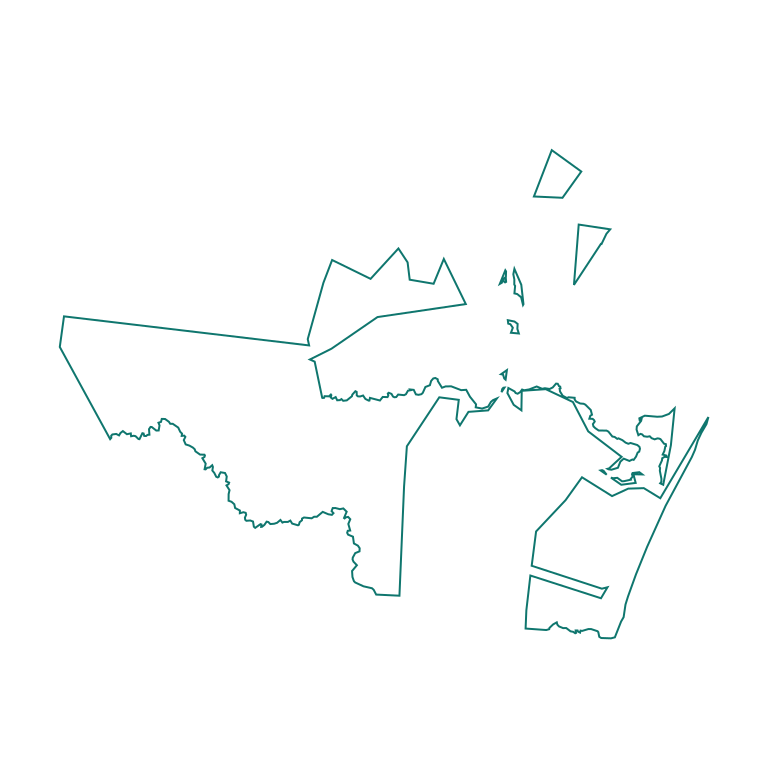 the district of Napranum, Queensland, Australia, rotated 183°
{"feature_id": "25037944B72297710108089", "entity_name": "Napranum", "entity_type": "district", "adm_level": 2, "iso_a3": "AUS", "parent_name": "Australia", "parent_adm1": "Queensland", "projection": "albers", "projection_center": [142.04, -12.587], "detail": "fine", "context": "isolated", "style": "outline", "palette": "teal", "viewbox_px": 768, "rotation_deg": 183, "n_neighbors": 0, "source": "geoboundaries", "source_scale": "gbopen_adm2", "svg_char_len": 6161}
<svg xmlns="http://www.w3.org/2000/svg" viewBox="0 0 768 768"><g transform="rotate(183 384 384)"><path d="M445.0,367.0L454.4,402.7L459.3,404.6L438.3,416.5L394.0,450.5L306.5,468.1L330.8,512.0L339.7,486.7L363.8,489.5L366.8,506.7L376.7,520.1L402.9,488.3L442.3,505.1L449.8,481.9L462.5,424.8L460.8,418.6L707.1,434.8L709.7,404.0L654.6,314.6L653.5,316.0L653.7,318.1L652.6,319.4L648.8,320.1L645.9,318.8L644.6,321.3L642.3,323.3L638.1,320.4L634.3,321.4L633.8,318.6L631.2,319.2L629.4,318.9L626.3,316.2L625.3,316.1L622.7,322.2L621.5,322.0L620.7,319.6L618.9,319.6L617.5,320.8L615.6,321.1L616.3,326.6L614.9,328.9L613.7,328.9L609.0,325.6L606.6,325.8L606.0,330.9L607.2,333.5L604.7,334.5L604.1,337.5L600.8,337.6L596.8,335.0L595.4,333.1L592.9,333.2L587.2,329.7L585.0,325.6L583.1,323.9L583.3,321.6L580.8,322.0L579.6,320.8L581.0,317.5L578.9,313.3L575.1,312.3L571.5,310.5L569.6,308.9L568.8,306.9L564.0,303.9L559.6,304.0L559.1,303.2L559.5,301.7L561.5,300.4L557.9,295.1L558.7,289.5L557.7,289.4L556.2,291.1L553.8,291.5L551.3,293.9L550.5,292.2L550.9,288.6L548.8,286.3L546.7,282.6L545.1,282.0L544.0,282.9L544.1,284.1L542.5,287.3L538.1,286.8L536.2,283.4L536.6,278.5L533.5,277.4L534.0,275.8L536.0,274.5L532.7,269.9L533.4,265.9L533.1,259.3L530.1,258.4L527.2,256.1L526.2,252.4L521.3,250.1L521.2,247.4L517.7,248.6L515.4,248.1L514.8,246.2L515.9,243.3L515.5,241.2L514.3,240.2L510.4,240.7L507.6,239.8L506.5,234.7L505.1,233.6L500.0,237.6L499.0,237.3L499.2,234.9L498.4,235.0L496.1,237.0L494.0,240.4L492.3,240.1L490.2,238.2L486.4,238.7L483.5,239.8L480.3,242.8L478.2,240.3L476.7,241.0L472.8,241.2L470.4,242.7L468.4,239.8L462.5,238.4L461.6,239.0L461.0,241.6L458.8,243.6L458.8,245.3L456.9,246.5L449.2,246.1L446.8,247.8L444.1,247.9L438.5,253.1L432.8,251.0L429.2,250.6L427.7,252.4L429.7,254.3L428.7,257.4L426.1,257.6L421.5,256.7L418.1,257.6L414.6,254.5L416.9,248.1L416.3,247.7L415.2,248.8L412.9,249.4L410.6,247.2L412.3,242.4L410.1,235.9L412.5,235.5L413.0,233.5L412.0,231.7L407.0,229.9L405.7,223.2L401.6,221.2L399.7,218.7L399.7,215.6L403.9,213.6L406.1,209.0L406.2,207.1L405.2,205.0L401.6,201.6L406.1,195.6L405.4,189.6L403.7,185.5L402.4,184.3L393.9,180.9L385.3,179.4L383.5,177.9L380.8,173.3L357.5,173.4L358.6,282.6L357.9,323.0L328.1,373.6L308.5,372.1L309.8,352.7L306.0,346.7L298.2,360.6L278.6,363.1L270.5,375.5L274.3,373.6L276.3,371.7L278.8,366.9L284.8,364.6L291.2,365.5L291.0,368.5L297.5,375.8L301.6,382.5L306.6,381.9L316.8,385.2L322.4,384.8L325.9,383.3L330.4,389.8L330.6,391.5L333.1,392.7L335.1,392.1L337.1,389.5L338.1,385.2L342.5,383.2L344.8,377.2L346.1,375.8L348.9,375.0L351.6,375.3L354.0,379.7L357.6,379.9L357.1,379.2L359.7,378.6L361.6,374.9L363.4,373.9L369.3,374.2L371.1,371.6L373.0,371.3L374.4,372.0L376.0,374.5L378.8,375.5L379.7,374.7L379.1,372.7L379.8,371.1L384.6,371.0L387.2,367.3L397.3,369.4L397.7,366.7L398.4,366.6L401.8,368.1L404.3,371.4L407.2,370.3L409.4,370.3L410.6,371.2L410.9,374.7L412.2,375.3L415.1,371.7L415.4,370.1L420.3,365.7L423.9,365.1L425.7,366.7L427.2,365.6L429.9,365.3L431.6,368.4L434.7,366.5L436.5,367.8L436.0,370.1L436.5,370.7L438.3,368.8L442.7,368.7L443.1,367.1L444.4,366.8L445.0,367.0ZM229.8,147.2L209.1,146.8L206.2,147.8L206.0,149.1L202.5,152.8L199.0,155.0L198.3,152.8L196.6,151.1L192.4,149.6L189.2,149.8L184.8,146.8L182.0,146.4L180.0,145.1L179.2,145.5L179.7,147.9L177.8,148.0L177.3,146.9L175.2,146.0L174.8,148.0L173.2,147.8L167.0,150.0L164.3,150.1L157.8,148.3L157.0,147.4L155.8,142.8L153.8,141.7L144.0,141.9L140.2,143.1L134.8,159.2L132.5,163.7L131.3,176.4L129.2,184.6L122.4,207.1L112.7,235.2L96.4,277.1L72.8,327.1L70.0,334.5L67.7,344.0L64.5,351.9L59.9,360.8L58.3,368.0L102.1,284.4L119.1,293.6L134.6,292.3L150.4,284.0L181.4,301.2L196.6,277.5L224.4,244.7L227.0,210.2L155.7,191.0L150.2,192.7L156.1,181.4L227.8,200.4L230.0,165.4L229.8,147.2ZM127.8,336.3L134.7,338.0L136.9,337.1L139.7,338.1L143.0,340.4L147.0,342.0L148.2,341.4L150.9,343.2L153.2,343.5L157.4,348.2L159.3,349.1L167.2,348.8L170.6,350.9L172.6,352.6L173.3,354.9L171.6,357.5L172.3,358.9L173.8,360.1L177.1,360.1L176.3,363.1L174.7,364.2L176.2,368.9L181.8,373.9L183.6,374.7L187.1,374.8L191.3,376.6L192.8,378.5L192.9,380.2L199.0,380.4L200.6,379.6L204.9,381.6L207.8,385.7L208.4,388.5L207.5,388.9L207.9,390.6L209.1,391.0L210.5,393.3L212.2,393.4L215.3,389.4L218.3,387.7L223.1,388.2L225.8,387.5L231.4,389.5L238.7,386.2L243.7,385.1L245.8,385.7L247.5,383.1L250.0,381.3L252.1,381.9L253.2,383.4L259.6,386.5L260.3,381.4L253.4,370.0L245.4,364.9L246.1,384.4L222.2,387.3L194.4,375.9L177.6,347.4L142.9,323.7L154.8,311.5L156.3,311.0L155.5,310.6L152.4,310.3L146.0,312.6L143.9,318.8L140.7,322.0L134.9,320.0L132.0,321.6L130.7,321.3L128.5,324.7L127.1,328.8L125.6,329.8L125.0,332.7L125.6,334.6L127.8,336.3ZM244.1,579.1L215.5,579.3L198.1,606.5L228.7,626.3L244.1,579.1ZM92.5,374.9L97.9,369.0L104.6,366.1L109.4,365.6L121.9,366.0L127.2,363.1L126.6,360.3L125.9,362.8L124.9,362.9L125.3,360.6L129.3,354.9L129.4,351.7L127.3,346.2L125.3,347.6L123.6,347.2L121.7,345.4L118.4,345.1L115.9,345.7L113.9,343.9L110.8,342.9L108.1,344.0L106.5,343.9L105.0,343.4L101.2,339.0L99.4,338.7L99.1,336.8L99.8,336.3L100.5,331.8L102.0,328.1L98.3,327.3L97.9,325.9L99.9,326.0L102.3,324.4L102.4,322.3L104.8,316.2L103.9,314.6L104.0,311.8L102.0,303.8L101.9,300.8L103.0,299.3L99.9,298.0L94.3,337.9L92.5,374.9ZM174.1,535.2L169.7,545.7L166.2,550.3L197.9,553.4L199.5,492.9L174.7,535.3L174.1,535.2ZM259.8,505.8L260.6,500.4L259.3,495.2L259.1,490.2L258.2,488.8L258.5,481.3L255.7,480.8L251.6,477.8L249.3,470.2L248.9,471.0L252.1,490.3L259.8,505.8ZM121.3,307.2L124.4,309.3L131.1,308.1L131.6,306.9L130.8,304.6L132.7,302.1L132.4,301.4L139.3,299.5L141.2,299.3L146.1,302.5L150.3,301.9L152.5,302.4L141.8,295.8L127.5,298.4L130.2,306.9L121.3,307.2ZM263.7,454.2L263.1,450.8L260.9,450.3L258.3,446.9L259.9,441.8L252.0,441.5L253.7,446.0L253.7,451.0L256.9,453.2L263.7,454.2ZM268.8,503.9L273.6,490.0L271.6,491.3L271.0,494.3L267.9,497.4L268.0,502.8L268.8,503.9ZM262.8,394.7L262.0,404.3L267.6,399.9L265.6,399.6L264.2,395.8L262.8,394.7ZM267.9,496.1L269.6,495.5L270.0,494.5L269.7,492.7L268.4,491.8L267.4,492.4L267.9,496.1ZM156.9,305.1L160.2,308.8L161.7,309.4L163.2,309.0L156.9,305.1ZM266.2,382.0L263.5,386.7L264.6,386.5L265.7,385.1L266.2,382.0Z" fill="none" stroke="#0f766e" stroke-width="2"/></g></svg>